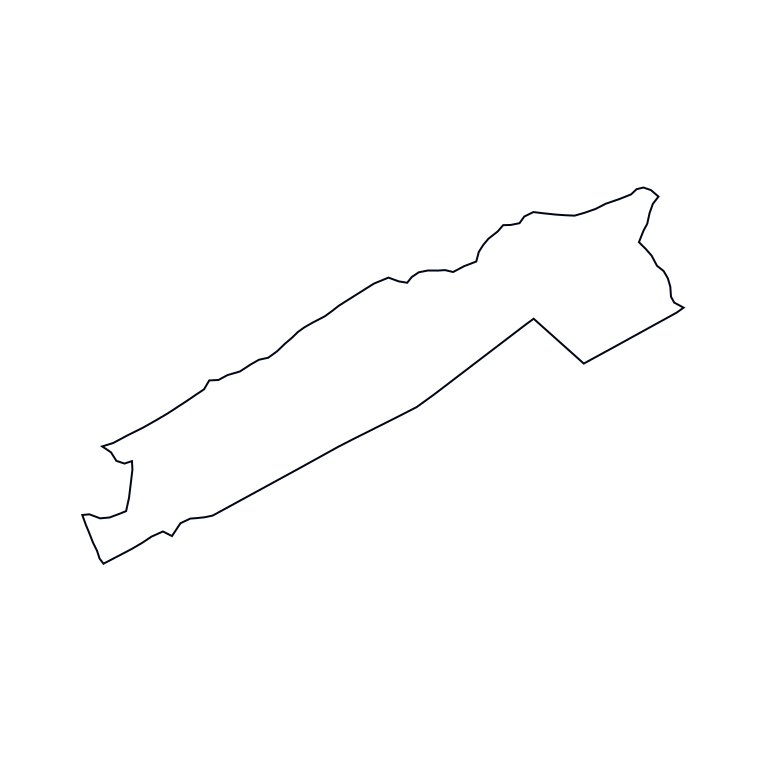 Itaitinga, Ceará, Brazil, rotated 232°
{"feature_id": "56859067B58335348194299", "entity_name": "Itaitinga", "entity_type": "district", "adm_level": 2, "iso_a3": "BRA", "parent_name": "Brazil", "parent_adm1": "Ceará", "projection": "robinson", "projection_center": [-38.541, -3.991], "detail": "fine", "context": "isolated", "style": "outline", "palette": "ink", "viewbox_px": 768, "rotation_deg": 232, "n_neighbors": 0, "source": "geoboundaries", "source_scale": "gbopen_adm2", "svg_char_len": 1569}
<svg xmlns="http://www.w3.org/2000/svg" viewBox="0 0 768 768"><g transform="rotate(232 384 384)"><path d="M494.4,248.5L490.6,238.9L491.3,229.9L492.0,218.8L494.0,195.3L495.8,181.7L498.0,167.1L501.4,150.5L504.2,134.4L508.3,123.5L498.2,126.8L488.2,125.8L481.1,130.5L478.4,137.9L471.5,133.1L463.1,124.8L451.3,113.0L442.6,102.5L445.3,93.3L447.8,85.5L452.9,77.6L462.7,71.6L466.5,65.6L456.4,62.3L449.1,60.3L438.0,57.0L429.3,55.2L421.6,52.4L415.1,52.3L409.4,83.2L407.7,95.8L406.9,106.7L403.9,119.0L394.7,123.3L399.6,137.9L397.2,148.5L393.4,154.2L389.3,160.8L385.8,168.0L369.1,269.1L362.8,308.7L359.6,325.5L349.9,373.6L345.7,395.6L344.9,417.4L343.6,532.1L343.3,542.1L277.1,554.0L269.9,597.6L268.7,605.2L260.1,658.4L259.7,667.1L269.5,662.8L276.1,663.9L284.4,669.5L292.4,672.7L300.8,673.9L309.1,671.9L320.4,673.9L329.3,673.4L338.8,672.2L345.1,683.0L348.2,690.1L355.1,698.4L360.4,706.7L362.7,715.7L372.5,713.7L379.1,709.4L382.0,703.0L381.3,695.4L384.7,683.8L389.6,669.5L391.7,658.5L395.5,647.3L399.3,637.9L404.9,631.3L411.8,623.6L420.5,614.6L427.5,607.6L429.6,597.6L427.3,589.8L431.3,581.8L435.8,575.7L434.2,567.4L434.2,555.8L432.4,547.5L429.7,540.0L423.7,532.1L427.5,519.8L429.7,507.4L436.2,502.2L440.2,496.3L446.4,488.5L450.6,480.2L451.2,471.7L449.5,464.6L455.8,458.8L465.1,453.0L469.3,437.9L470.3,428.4L471.5,416.5L472.7,404.7L473.5,396.4L473.5,387.5L473.8,379.0L476.3,365.6L477.7,355.8L478.0,348.3L477.1,340.1L476.7,330.6L475.6,319.8L476.0,308.9L480.1,300.4L481.5,290.7L482.6,278.1L487.4,266.1L489.1,256.0L494.4,248.5Z" fill="none" stroke="#020617" stroke-width="2"/></g></svg>